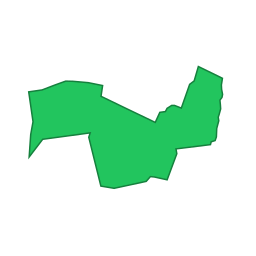 the district of Shaykhantokhur, Tashkent, Uzbekistan, rotated 348°
{"feature_id": "79887680B36749064688690", "entity_name": "Shaykhantokhur", "entity_type": "district", "adm_level": 2, "iso_a3": "UZB", "parent_name": "Uzbekistan", "parent_adm1": "Tashkent", "projection": "orthographic", "projection_center": [69.2, 41.291], "detail": "fine", "context": "isolated", "style": "filled", "palette": "green", "viewbox_px": 256, "rotation_deg": 348, "n_neighbors": 0, "source": "geoboundaries", "source_scale": "gbopen_adm2", "svg_char_len": 757}
<svg xmlns="http://www.w3.org/2000/svg" viewBox="0 0 256 256"><g transform="rotate(348 128 128)"><path d="M31.5,114.1L25.3,135.8L42.2,121.3L90.0,124.9L87.7,128.9L89.4,179.2L101.9,184.1L134.7,184.0L139.8,180.2L143.6,181.4L155.5,186.8L170.4,163.3L170.6,158.4L205.2,161.4L206.5,158.8L210.6,158.4L212.6,155.1L214.7,146.9L218.3,139.8L218.5,136.2L219.8,134.0L222.6,128.6L223.2,124.5L223.7,119.9L226.3,117.6L227.5,114.8L227.6,109.7L228.3,105.3L229.4,102.5L230.7,99.0L209.6,82.5L202.5,95.7L197.4,98.1L184.3,119.6L178.2,115.6L175.4,115.0L170.3,116.9L168.0,119.7L162.4,119.3L155.8,128.2L130.5,108.7L108.2,91.4L112.0,81.2L98.6,75.4L83.9,70.9L76.8,69.2L65.8,70.7L51.8,72.9L38.4,72.0L36.4,102.1L31.5,114.1Z" fill="#22c55e" stroke="#15803d" stroke-width="1.5"/></g></svg>